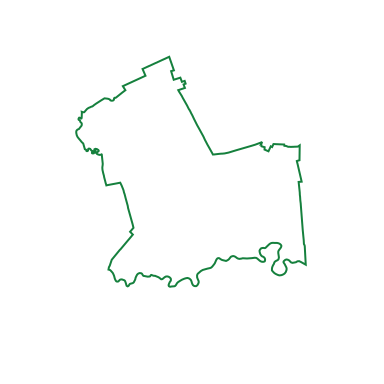 Odobesti, Dâmbovita, Romania, rotated 295°
{"feature_id": "2599482B6181888881552", "entity_name": "Odobesti", "entity_type": "district", "adm_level": 2, "iso_a3": "ROU", "parent_name": "Romania", "parent_adm1": "Dâmbovita", "projection": "orthographic", "projection_center": [25.536, 44.599], "detail": "fine", "context": "isolated", "style": "outline", "palette": "green", "viewbox_px": 384, "rotation_deg": 295, "n_neighbors": 0, "source": "geoboundaries", "source_scale": "gbopen_adm2", "svg_char_len": 5917}
<svg xmlns="http://www.w3.org/2000/svg" viewBox="0 0 384 384"><g transform="rotate(295 192 192)"><path d="M174.2,325.8L190.7,317.0L191.6,316.2L191.9,315.7L192.2,315.4L195.4,313.7L199.8,311.1L201.0,310.4L204.2,308.5L226.4,296.0L227.5,295.4L230.2,293.7L233.5,291.9L234.9,291.0L237.2,289.8L246.2,284.4L247.7,287.0L261.8,276.0L264.1,274.1L264.4,273.9L266.2,276.0L271.1,273.8L279.8,269.9L277.9,268.8L274.9,263.0L273.6,260.0L273.5,257.9L272.9,256.2L274.0,255.5L269.9,245.6L266.6,245.6L266.7,244.1L261.2,244.1L261.1,239.8L263.3,238.9L262.8,235.8L262.8,235.6L264.8,234.5L264.7,234.4L266.2,234.5L266.4,234.0L261.7,229.4L258.9,226.3L248.5,214.4L243.1,208.4L240.7,205.2L239.6,203.3L238.6,201.4L235.5,196.4L234.8,195.1L235.9,193.7L239.8,188.3L241.5,185.9L243.2,183.7L244.7,181.7L247.1,178.9L252.6,171.4L254.6,168.6L255.7,167.2L259.1,162.9L261.6,159.9L263.3,157.6L264.0,156.8L264.3,156.5L264.9,155.5L265.2,155.3L265.4,154.9L265.9,154.0L268.3,151.0L273.5,143.7L274.7,142.2L277.6,137.7L278.5,136.5L283.3,141.6L285.4,139.4L285.9,138.9L287.5,140.4L289.6,138.4L287.6,136.3L290.7,133.1L286.0,128.0L292.7,122.0L294.6,124.2L304.9,114.2L282.6,95.2L277.7,100.7L258.7,84.6L256.1,88.6L252.5,86.7L245.4,83.2L244.9,82.7L244.8,82.2L244.4,81.9L244.0,81.8L243.8,81.8L243.3,82.1L242.5,82.2L242.2,82.1L241.7,81.9L241.4,81.6L241.1,81.2L240.8,80.5L240.7,80.4L240.6,79.8L240.6,79.2L241.0,78.7L241.1,78.2L241.1,77.4L241.0,76.5L240.6,75.2L239.9,73.1L236.9,71.1L231.5,67.7L230.8,67.3L229.2,66.4L228.5,66.1L227.5,65.6L226.9,64.8L225.3,63.5L224.5,62.7L222.7,61.7L218.8,60.6L218.4,60.0L218.2,59.0L218.1,58.2L217.5,58.6L212.5,60.7L211.9,60.7L211.7,60.3L211.9,59.8L211.9,58.8L211.6,58.3L210.8,58.2L210.2,58.3L209.7,58.6L209.5,59.1L209.5,60.1L209.2,60.5L208.5,61.0L208.2,61.5L207.9,62.5L207.5,63.1L207.0,63.4L206.0,63.8L205.1,63.8L202.8,63.2L201.5,63.0L200.2,61.9L199.5,61.6L198.8,61.4L198.1,61.5L197.1,61.9L196.4,62.3L194.7,63.6L194.1,64.3L193.4,65.2L192.6,66.8L191.6,69.0L190.6,71.0L190.0,72.9L187.6,75.0L185.5,76.8L185.5,78.2L185.2,78.5L184.6,79.0L184.6,79.4L184.8,79.8L185.1,80.1L185.4,80.2L185.9,80.2L186.3,80.0L186.8,79.9L187.3,79.8L187.6,80.0L187.9,80.5L188.0,81.1L188.0,81.6L187.1,83.2L187.0,83.7L187.1,84.4L187.1,84.6L186.9,84.7L186.5,84.8L186.2,84.6L185.8,84.6L185.4,84.7L185.0,84.9L184.9,85.3L185.0,85.7L185.1,86.0L185.4,86.4L187.2,85.8L187.5,85.8L187.7,86.3L187.5,86.6L186.7,87.1L186.5,87.3L186.7,87.6L187.2,87.7L187.8,87.6L188.4,87.3L188.7,87.0L188.9,86.4L189.0,85.7L189.4,85.5L189.7,85.7L190.3,86.2L190.7,87.6L190.6,88.2L190.5,89.3L190.0,90.0L189.7,90.1L189.0,89.8L187.7,89.2L187.1,89.2L186.6,89.4L186.3,90.0L186.3,90.8L186.4,91.7L186.6,92.6L186.9,93.1L187.5,93.9L187.9,94.2L187.8,94.4L180.0,99.1L178.8,99.6L176.5,100.3L175.3,100.9L174.1,101.6L171.5,103.6L169.5,105.3L168.2,106.2L165.1,108.8L163.7,109.9L162.3,111.2L161.8,111.6L162.6,112.6L168.4,120.7L170.1,123.0L168.1,125.5L165.4,128.4L164.5,129.3L163.3,130.2L162.7,130.7L161.6,131.8L159.3,133.7L158.9,134.0L152.3,139.6L150.5,140.8L137.8,151.7L134.8,154.1L129.8,152.7L128.4,156.4L109.8,151.4L109.2,151.1L96.7,147.9L90.5,148.6L88.7,148.5L86.4,149.1L86.5,149.6L86.6,151.0L86.2,152.0L85.3,154.1L85.0,154.6L84.1,155.7L83.1,156.8L80.8,158.7L79.7,160.0L79.1,161.0L79.1,161.9L79.6,162.8L80.0,163.1L80.9,163.4L81.9,163.7L82.7,164.5L83.0,165.1L83.2,165.7L83.4,168.1L83.0,169.0L81.6,170.4L80.1,171.7L79.4,172.4L79.3,173.2L79.3,173.6L79.7,173.9L80.2,174.2L81.8,174.4L82.3,174.5L82.8,174.9L83.6,175.9L84.5,176.9L85.5,177.4L88.7,177.5L90.6,177.1L92.3,177.1L94.0,177.2L95.0,177.6L95.6,178.0L96.4,178.8L96.8,180.0L96.9,180.7L96.7,181.3L95.7,182.8L95.5,183.3L95.5,183.7L95.8,184.6L96.5,187.5L96.9,188.2L97.1,188.7L97.6,189.4L98.0,189.7L98.6,189.7L99.3,189.9L99.6,190.1L99.7,190.4L99.8,192.2L100.1,193.3L100.4,193.8L100.6,197.8L100.2,199.7L99.9,200.8L100.0,201.2L100.6,202.0L103.2,203.2L104.5,204.2L105.2,205.7L105.3,207.0L105.1,208.1L104.6,209.3L103.4,210.1L102.2,210.2L100.9,209.9L98.3,210.0L97.3,210.4L96.9,210.9L96.8,211.8L97.0,212.4L97.6,213.2L98.2,214.2L99.0,215.7L99.5,216.2L99.9,216.5L100.5,216.6L101.1,216.8L102.6,216.9L103.2,217.0L104.5,217.5L106.4,218.7L108.3,220.0L110.3,221.8L111.5,223.2L112.2,224.3L112.4,225.7L112.3,226.7L111.8,228.1L110.8,229.3L109.5,230.4L108.5,231.5L108.0,232.3L107.8,233.1L107.8,234.0L108.2,235.0L108.5,235.6L109.0,235.9L110.1,236.3L111.8,236.4L113.1,236.2L114.1,235.6L115.5,234.0L116.7,232.8L118.4,231.9L119.5,231.7L120.4,231.8L124.2,233.5L125.9,234.7L129.1,238.4L130.7,240.5L131.7,241.4L133.0,241.9L135.0,242.4L136.9,242.8L140.8,242.7L141.6,242.8L142.5,243.1L143.0,243.5L143.4,244.2L143.5,244.9L143.2,246.2L143.1,248.0L143.9,251.9L144.1,252.2L145.3,253.1L146.1,253.6L146.8,253.9L149.7,254.6L150.4,255.2L151.0,255.9L151.3,256.3L151.5,256.9L151.6,257.7L151.6,258.8L151.2,260.4L151.1,261.8L151.4,263.2L152.5,264.9L153.4,266.0L155.0,270.0L157.3,274.1L158.9,276.6L159.4,278.0L159.3,279.2L158.6,281.6L158.3,282.7L158.2,284.3L158.7,285.9L159.4,286.8L159.9,287.2L160.9,287.1L162.0,286.6L162.8,285.8L163.3,284.6L163.4,283.8L163.3,283.0L163.4,282.4L163.7,281.5L164.2,280.7L164.6,280.1L166.3,278.6L167.4,278.0L168.6,278.0L170.2,278.5L170.9,279.3L171.5,280.3L171.9,281.7L172.4,282.2L175.8,283.5L176.8,283.9L177.9,284.4L179.1,285.3L179.8,286.2L181.8,290.7L182.1,292.1L182.1,293.2L181.9,294.3L181.6,295.0L181.3,295.4L180.9,295.8L179.9,296.0L179.1,296.0L177.6,295.7L176.3,295.4L175.4,295.3L174.4,295.4L173.1,296.0L169.5,298.4L168.7,298.6L167.5,298.8L166.4,298.4L165.5,297.6L164.5,296.9L163.9,296.6L163.1,296.4L161.2,296.6L159.6,296.4L157.6,296.5L156.2,296.9L154.7,297.6L154.0,299.1L153.3,301.0L153.1,302.8L153.1,304.6L153.3,306.3L153.8,307.2L154.6,308.4L156.1,309.7L157.3,310.4L159.1,310.8L161.4,310.6L162.8,310.0L163.5,309.4L165.8,306.5L166.6,305.1L167.2,304.5L168.0,304.4L169.7,305.1L170.3,305.6L170.8,306.2L171.1,307.4L171.0,309.1L170.1,311.3L170.1,312.0L170.3,313.1L172.3,315.9L173.7,316.8L174.6,318.3L174.6,320.2L174.2,325.8Z" fill="none" stroke="#15803d" stroke-width="2"/></g></svg>